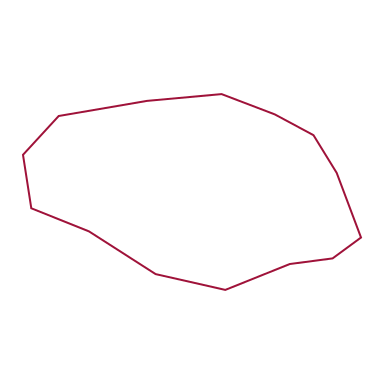 outline of Chiayi City
{"feature_id": "TWN-1171", "entity_name": "Chiayi City", "entity_type": "Provincial City", "adm_level": 1, "iso_a3": "TWN", "parent_name": "Taiwan", "parent_adm1": "", "projection": "albers", "projection_center": [120.447, 23.481], "detail": "fine", "context": "isolated", "style": "outline", "palette": "rose", "viewbox_px": 384, "rotation_deg": 0, "n_neighbors": 0, "source": "natural_earth", "source_scale": "10m", "svg_char_len": 301}
<svg xmlns="http://www.w3.org/2000/svg" viewBox="0 0 384 384"><path d="M221.6,94.1L274.8,114.4L313.5,135.2L336.7,172.9L361.0,237.5L332.6,258.4L289.8,264.0L225.3,289.9L155.6,274.1L89.0,231.4L31.3,208.3L23.0,154.8L58.7,116.0L146.9,100.9L221.6,94.1Z" fill="none" stroke="#9f1239" stroke-width="2"/></svg>